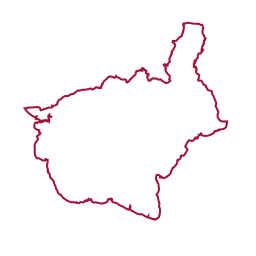 the district of Eton, Shefa, Vanuatu, rotated 81°
{"feature_id": "77236927B17135940935596", "entity_name": "Eton", "entity_type": "district", "adm_level": 2, "iso_a3": "VUT", "parent_name": "Vanuatu", "parent_adm1": "Shefa", "projection": "orthographic", "projection_center": [168.474, -17.706], "detail": "fine", "context": "isolated", "style": "outline", "palette": "rose", "viewbox_px": 256, "rotation_deg": 81, "n_neighbors": 0, "source": "geoboundaries", "source_scale": "gbopen_adm2", "svg_char_len": 5710}
<svg xmlns="http://www.w3.org/2000/svg" viewBox="0 0 256 256"><g transform="rotate(81 128 128)"><path d="M74.6,139.7L75.9,141.0L78.3,144.8L80.4,146.0L80.5,146.8L82.1,147.2L82.8,148.3L84.2,148.3L84.1,150.5L83.2,151.4L83.2,152.7L82.7,153.1L83.9,155.3L84.4,157.3L84.1,158.0L83.3,158.2L83.1,159.1L83.5,161.4L83.3,162.8L83.7,163.9L83.1,165.9L83.5,170.3L83.0,170.9L83.6,172.7L84.7,174.4L84.8,175.3L85.7,176.3L85.9,177.1L85.6,178.2L86.0,179.0L86.1,180.6L87.1,182.0L86.6,185.2L87.2,186.9L88.0,188.5L89.0,189.6L89.4,191.8L91.9,193.8L93.4,194.2L94.2,195.9L94.4,197.3L94.4,198.9L94.1,199.4L95.4,199.3L95.8,200.0L95.5,203.2L96.8,211.4L93.9,212.1L93.6,213.5L92.9,214.6L93.1,215.7L92.3,222.8L92.4,227.0L96.8,224.6L100.1,221.6L102.0,219.5L102.4,218.4L102.4,216.7L103.0,217.3L104.2,217.8L104.6,217.7L104.9,217.2L104.5,216.7L104.5,216.1L105.5,215.2L105.8,214.4L107.4,213.2L107.2,208.4L107.6,207.2L108.7,206.1L108.7,205.6L107.7,205.0L104.5,205.1L103.2,204.4L102.6,203.6L103.3,203.7L104.7,202.9L104.7,202.3L105.4,201.2L104.8,203.0L103.7,203.8L103.6,204.4L105.4,204.9L107.2,204.5L109.3,204.9L109.0,205.1L109.0,206.5L108.1,207.5L107.9,208.6L108.9,212.6L108.1,215.5L108.9,216.8L108.4,217.1L108.5,217.7L108.1,218.4L109.2,219.6L110.2,220.0L112.9,220.4L114.5,219.3L115.6,217.8L116.4,215.9L118.5,216.5L119.3,215.3L120.6,216.2L120.8,217.1L122.0,219.3L124.0,218.7L125.7,219.1L128.3,221.8L130.6,223.1L134.1,223.3L137.0,223.9L140.7,224.0L143.6,222.8L144.0,220.7L146.7,217.3L147.2,215.1L145.8,214.3L145.8,213.9L146.7,213.6L146.9,212.3L150.0,212.9L150.8,213.5L152.6,214.0L157.5,213.6L157.4,213.9L158.5,214.1L160.0,213.6L160.4,212.9L161.5,212.5L163.6,212.7L165.4,212.3L166.1,211.3L169.1,209.7L171.9,209.5L174.9,208.6L177.0,208.6L178.4,207.7L181.5,207.1L183.2,205.5L183.5,204.6L184.0,204.6L187.0,202.9L190.7,198.9L192.5,195.4L192.8,193.2L193.5,191.3L193.2,190.5L194.1,190.0L194.6,188.3L193.7,186.4L194.5,183.8L194.0,182.3L193.1,182.1L192.8,181.1L192.9,180.5L193.7,180.3L193.6,179.4L193.1,178.5L192.4,178.6L191.8,178.1L193.0,177.4L193.1,176.7L192.8,175.9L191.7,175.4L193.5,175.5L195.6,174.7L196.3,173.3L196.3,171.6L198.2,167.0L198.6,164.6L198.0,160.8L196.8,159.5L195.6,159.2L195.6,158.3L195.0,157.8L196.3,156.0L195.3,156.5L195.0,155.8L195.9,154.9L197.3,155.3L198.4,155.0L199.1,154.4L199.8,152.0L201.4,149.8L202.8,148.6L205.0,145.2L208.1,141.4L208.8,139.8L208.7,139.5L205.3,138.0L206.1,137.7L206.8,138.3L209.2,138.6L214.1,132.3L215.3,129.4L215.1,128.2L219.1,123.2L219.2,122.7L218.1,121.7L219.6,121.9L222.6,116.3L222.7,114.2L222.3,116.1L221.4,117.9L222.3,115.8L222.3,114.1L221.0,111.6L219.5,110.7L214.9,109.2L211.9,109.2L210.1,109.7L208.5,108.9L206.3,108.8L206.1,109.1L200.7,109.3L199.6,109.5L198.6,110.3L197.8,109.9L196.0,108.2L193.7,107.0L187.7,106.7L186.2,107.6L184.8,107.4L184.3,108.1L182.7,108.3L180.6,107.9L178.9,107.0L178.9,105.9L179.6,104.6L180.8,103.7L181.5,104.2L182.1,104.0L181.9,102.8L181.4,102.5L182.8,101.4L183.1,100.5L182.5,97.9L180.6,94.3L179.6,93.2L176.6,91.6L175.2,90.3L174.3,90.0L174.1,88.9L171.5,85.8L169.1,84.6L167.6,84.4L167.2,83.9L167.6,83.3L167.4,82.8L166.3,81.1L164.8,80.2L163.7,80.2L163.5,79.3L164.0,77.7L163.6,76.6L159.0,72.8L157.8,72.8L155.3,74.4L154.5,73.5L153.5,73.2L149.7,70.0L150.3,67.6L150.8,67.2L150.7,65.6L149.1,63.7L148.4,63.5L147.9,62.3L149.2,62.0L149.1,60.8L146.9,59.5L145.9,59.3L146.1,57.8L144.9,57.2L144.7,56.8L146.6,56.0L147.4,54.9L147.9,53.2L148.1,50.2L147.2,45.9L145.3,42.8L144.9,43.1L144.5,42.7L144.8,42.3L144.7,40.8L144.3,40.0L144.6,39.9L144.6,39.3L144.3,38.2L143.9,38.3L143.8,37.0L144.0,33.9L143.1,31.9L142.0,30.7L141.4,30.7L140.6,30.2L137.0,29.0L136.3,34.0L134.7,36.4L133.6,36.6L131.8,37.7L128.8,37.5L127.9,36.7L125.8,36.3L119.8,38.1L118.1,37.1L116.6,37.0L109.4,38.7L107.5,39.6L104.6,39.6L104.2,40.1L103.8,41.7L102.7,43.4L101.2,43.7L100.0,44.5L99.8,44.3L98.3,44.4L97.0,46.6L92.8,48.0L92.3,49.8L92.4,50.5L92.1,51.2L90.9,51.2L89.7,50.2L86.7,49.3L84.8,51.6L84.1,51.8L82.2,52.0L81.9,51.4L80.7,50.9L79.9,51.1L80.2,51.3L78.7,51.2L78.2,51.8L78.6,52.4L78.5,52.7L77.8,53.5L76.7,52.8L75.2,53.2L74.4,52.0L73.2,52.3L72.3,51.7L73.2,51.2L72.5,50.8L71.5,50.8L71.3,50.4L71.7,50.1L70.3,49.3L69.4,47.9L67.9,47.9L65.8,46.8L65.4,46.3L65.8,44.6L64.6,43.5L63.6,43.4L64.0,42.7L63.8,42.3L63.1,42.2L62.4,41.6L62.0,42.7L61.5,42.9L60.9,42.3L59.6,42.2L58.6,41.2L57.9,41.2L57.7,40.5L57.1,40.1L56.4,40.3L55.6,39.6L53.7,39.5L53.2,39.0L53.1,38.2L52.3,38.0L51.8,37.3L50.6,38.3L49.1,38.2L47.0,39.3L45.8,39.5L44.1,39.3L43.1,38.7L42.2,38.9L41.2,37.9L39.9,38.3L38.3,38.4L37.7,38.6L37.8,39.5L35.9,42.4L36.0,43.2L34.9,48.1L33.3,52.5L33.8,54.9L33.5,56.9L34.8,57.4L35.8,56.6L36.5,57.3L37.9,57.0L39.4,57.9L40.6,57.9L41.3,58.6L42.9,59.0L43.3,59.6L45.7,60.7L46.8,63.8L48.2,65.0L49.5,67.1L49.0,70.1L50.4,70.5L51.8,68.8L52.5,69.0L54.0,68.4L57.8,71.0L59.2,72.9L60.1,73.2L61.5,72.9L62.1,74.0L63.0,74.1L65.1,75.8L66.7,76.5L68.9,76.1L69.5,77.2L71.2,78.8L72.7,79.1L72.8,79.4L71.0,80.9L70.7,81.7L71.1,82.8L71.8,82.7L72.3,82.0L73.6,81.8L75.0,81.0L76.5,82.0L77.4,81.9L80.6,80.5L83.0,78.6L85.1,79.0L86.5,79.7L87.5,79.0L88.1,78.9L89.5,81.6L89.5,83.8L89.1,83.9L86.9,86.8L85.0,88.3L85.0,90.5L83.5,92.3L83.5,93.9L82.7,95.4L83.3,96.5L83.3,97.5L84.5,98.1L84.5,100.3L83.3,100.2L82.4,100.8L80.7,101.1L79.9,100.9L79.2,99.5L77.8,99.2L77.5,99.6L77.4,101.3L77.1,101.5L75.7,101.5L74.2,100.9L73.7,101.5L73.6,102.4L72.7,103.0L71.7,103.2L71.0,104.2L71.3,104.7L72.7,104.5L73.7,104.9L73.7,105.5L72.3,106.7L73.2,107.6L73.1,110.6L73.9,110.9L74.1,111.5L76.1,112.1L76.5,112.9L77.2,113.4L77.8,114.8L79.2,116.2L79.7,117.6L80.4,117.9L80.8,118.9L82.0,119.5L82.4,121.3L82.9,121.6L82.1,122.5L80.9,122.3L79.6,123.0L79.4,125.5L78.9,127.1L76.7,129.4L76.4,130.8L74.7,131.6L75.6,132.5L76.3,133.8L75.4,134.8L74.3,137.1L74.6,139.7Z" fill="none" stroke="#9f1239" stroke-width="2"/></g></svg>